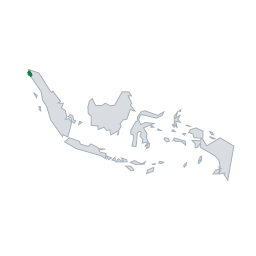 location of Aceh Jaya, Aceh, Indonesia, rotated 9°
{"feature_id": "22746128B21424895456858", "entity_name": "Aceh Jaya", "entity_type": "district", "adm_level": 2, "iso_a3": "IDN", "parent_name": "Indonesia", "parent_adm1": "Aceh", "projection": "robinson", "projection_center": [95.543, 4.811], "detail": "fine", "context": "in_parent", "style": "filled", "palette": "green", "viewbox_px": 256, "rotation_deg": 9, "n_neighbors": 0, "source": "geoboundaries", "source_scale": "gbopen_adm2", "svg_char_len": 4729}
<svg xmlns="http://www.w3.org/2000/svg" viewBox="0 0 256 256"><g transform="rotate(9 128 128)"><path d="M88.2,104.6L92.4,110.8L98.5,110.0L101.6,107.1L107.0,108.8L111.2,107.7L116.6,93.1L123.3,92.3L126.4,95.8L123.1,96.1L127.8,103.1L126.6,104.6L132.2,110.2L127.2,109.5L125.5,119.5L121.7,120.9L119.5,124.9L120.8,127.6L119.3,132.0L112.0,137.6L110.4,132.6L107.3,133.8L104.2,131.0L98.7,134.3L97.9,130.7L91.2,131.2L89.9,122.2L86.5,119.7L85.1,113.5L85.7,107.4L88.2,104.6ZM20.6,85.8L31.5,87.7L45.5,103.7L47.2,105.0L48.0,103.4L57.3,112.3L55.0,114.2L60.3,113.8L59.2,118.4L63.5,120.9L65.8,126.5L64.9,129.2L68.4,128.0L71.4,131.9L70.0,146.3L64.8,144.7L64.6,146.8L50.4,132.2L44.5,119.8L39.1,113.5L36.4,105.5L22.3,90.6L20.6,85.8ZM235.4,129.3L234.7,163.9L230.2,159.0L230.8,157.5L225.0,159.2L226.0,155.7L224.5,153.9L225.0,153.7L226.0,153.8L226.5,153.6L223.8,152.3L225.1,151.9L222.8,145.6L217.9,141.7L202.4,135.7L201.9,131.6L199.8,136.1L197.5,137.0L196.7,132.9L193.1,130.2L201.2,129.3L202.3,126.6L194.7,127.3L193.0,123.7L188.6,123.0L189.8,119.9L195.2,117.3L202.6,119.3L203.6,127.7L208.5,133.3L220.6,123.3L235.4,129.3ZM159.9,110.1L154.6,113.8L139.7,112.6L137.9,114.0L137.3,118.3L140.1,122.7L144.4,119.8L153.1,119.5L143.3,125.4L147.7,130.8L147.5,134.6L150.3,138.7L144.3,140.7L144.5,137.1L141.1,134.1L141.8,130.0L140.0,129.6L138.1,131.1L138.8,145.1L134.7,145.2L135.1,136.8L134.4,134.1L131.6,133.5L131.2,129.8L134.7,120.2L136.2,120.0L135.7,115.9L138.2,110.2L142.0,108.3L155.4,110.9L160.9,106.4L159.9,110.1ZM71.5,146.8L82.0,148.8L83.7,151.5L91.8,152.3L93.8,149.5L101.7,152.2L103.9,156.1L110.5,156.8L110.3,160.1L111.2,162.0L105.0,159.4L80.1,156.5L67.6,151.7L71.5,146.8ZM173.3,110.9L177.7,107.0L175.8,111.5L178.8,114.2L174.0,113.8L176.5,120.1L173.1,116.7L171.8,109.3L174.7,103.7L173.3,110.9ZM175.4,130.6L186.5,132.0L187.6,135.9L183.1,133.1L176.9,133.7L175.1,132.2L174.0,134.0L175.4,130.6ZM149.6,161.2L141.4,162.9L135.7,161.6L139.5,159.2L147.4,161.3L150.3,158.5L149.6,161.2ZM126.1,158.7L131.6,159.5L132.5,161.5L121.5,163.3L123.3,159.9L127.1,161.8L128.3,161.1L126.1,158.7ZM159.6,162.9L159.7,166.8L153.5,170.2L153.8,166.5L159.6,162.9ZM71.4,124.3L72.9,128.5L75.0,129.1L74.3,131.7L71.2,130.4L70.2,127.0L67.1,126.2L68.7,123.8L71.4,124.3ZM223.4,159.4L219.2,160.0L221.3,155.6L224.6,154.7L225.6,156.3L223.4,159.4ZM136.6,165.2L139.1,167.1L140.2,169.1L137.6,169.8L131.6,166.0L136.6,165.2ZM169.1,131.8L170.8,134.7L168.2,135.7L165.3,133.6L165.5,131.9L169.1,131.8ZM110.7,158.8L116.5,160.1L113.8,162.4L110.7,158.8ZM119.8,159.0L120.6,162.6L117.2,162.1L119.8,159.0ZM81.6,129.7L78.8,132.4L79.0,129.0L81.6,129.7ZM205.1,144.2L205.7,148.9L204.4,149.1L203.4,145.7L205.1,144.2ZM108.9,152.4L104.5,153.8L102.6,153.0L108.9,152.4ZM151.8,139.6L151.8,143.7L149.2,145.5L150.2,139.9L151.8,139.6ZM29.3,107.8L33.3,110.2L32.8,112.4L29.3,107.8ZM39.1,124.8L37.5,123.9L36.8,120.5L38.0,120.5L39.1,124.8ZM189.6,157.9L188.8,156.2L191.2,153.2L191.1,155.9L189.6,157.9ZM185.7,115.8L190.2,116.9L185.1,116.5L185.7,115.8ZM157.7,124.2L161.9,125.4L157.3,125.3L157.7,124.2ZM149.8,141.6L147.5,143.7L149.5,139.9L149.8,141.6ZM209.2,118.8L211.6,119.2L213.9,121.2L211.7,121.6L209.2,118.8ZM168.5,156.2L166.9,157.7L163.8,157.8L164.6,156.1L168.5,156.2ZM204.9,149.6L203.8,151.8L202.7,151.7L202.9,148.3L204.9,149.6ZM175.2,124.2L172.4,124.6L171.7,123.8L172.9,122.5L175.2,124.2ZM209.6,123.8L213.0,124.2L216.2,125.0L213.1,125.5L209.6,123.8ZM150.6,121.7L153.4,123.1L150.5,123.8L150.6,121.7ZM177.4,103.6L175.5,103.2L177.3,101.6L177.4,103.6ZM157.1,160.1L160.2,158.9L160.6,159.7L157.1,160.1ZM185.6,124.4L185.0,126.3L182.7,125.3L183.9,124.7L185.6,124.4ZM119.6,135.4L118.4,136.7L119.4,132.7L119.6,135.4ZM172.5,117.1L174.0,119.7L173.4,120.1L171.3,118.0L172.5,117.1Z" fill="#d9dde1" stroke="#a8b0b8" stroke-width="1"/><path d="M24.5,90.6L24.4,90.5L24.4,90.4L24.3,90.2L24.2,90.1L24.2,89.9L24.1,89.7L23.9,89.6L23.7,89.4L23.7,89.2L23.4,88.9L23.2,88.7L22.9,88.5L22.7,88.5L22.6,88.4L22.5,88.2L22.5,87.9L22.4,87.8L22.3,87.7L22.2,87.7L21.9,87.6L21.7,87.7L21.4,87.6L21.3,87.4L21.2,87.5L21.1,87.8L21.0,88.0L20.9,88.2L21.0,88.2L21.0,88.3L21.1,88.5L21.3,88.6L21.2,88.7L21.3,88.7L21.3,88.8L21.2,88.8L21.3,88.8L21.4,89.0L21.4,89.3L21.5,89.4L21.4,89.4L21.4,89.5L21.5,89.5L21.5,89.8L21.7,90.0L21.8,90.0L22.0,90.3L21.9,90.3L22.0,90.4L22.1,90.5L22.3,90.6L22.2,90.7L22.2,90.8L22.3,90.8L22.3,90.7L22.4,90.8L22.5,90.9L22.6,91.0L22.8,91.1L22.9,91.3L23.0,91.4L23.1,91.5L23.7,92.2L23.8,92.1L23.8,91.9L24.0,91.6L24.1,91.4L24.2,91.2L24.3,91.2L24.5,91.1L24.5,90.9L24.4,90.9L24.4,90.7L24.5,90.6ZM21.3,89.4L21.3,89.5L21.4,89.4L21.3,89.4ZM22.2,90.6L22.3,90.6L22.2,90.6L22.2,90.6ZM21.9,90.3L21.9,90.2L21.8,90.3L21.9,90.3ZM22.0,90.4L21.9,90.4L21.9,90.5L22.0,90.4L22.0,90.5L22.0,90.4L22.0,90.4Z" fill="#22c55e" stroke="#15803d" stroke-width="1.5"/></g></svg>